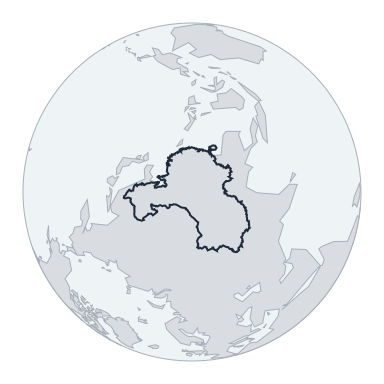 China on an orthographic globe, rotated 215°
{"feature_id": "CHN", "entity_name": "China", "entity_type": "country or territory", "adm_level": 0, "iso_a3": "CHN", "parent_name": "Asia", "parent_adm1": "", "projection": "orthographic", "projection_center": [106.815, 35.887], "detail": "fine", "context": "on_globe", "style": "outline", "palette": "slate", "viewbox_px": 384, "rotation_deg": 215, "n_neighbors": 0, "source": "natural_earth", "source_scale": "50m", "svg_char_len": 17202}
<svg xmlns="http://www.w3.org/2000/svg" viewBox="0 0 384 384"><g transform="rotate(215 192 192)"><circle cx="192" cy="192" r="169" fill="#eef3f6" stroke="#a8b0b8"/><path d="M347.4,257.4L347.1,258.2L347.0,258.5L347.4,257.4ZM291.6,55.5L280.2,48.9L279.3,47.9L276.5,46.6L277.3,48.0L278.6,49.3L270.0,50.3L271.0,59.1L276.9,64.4L271.2,61.6L286.2,73.9L290.3,82.3L282.2,71.4L278.7,69.3L279.8,74.0L276.5,72.9L275.1,74.7L271.0,73.1L266.6,67.4L263.9,66.4L264.8,69.8L261.4,70.8L260.4,65.8L254.2,67.0L245.7,58.7L246.4,48.3L238.2,44.0L229.9,34.7L227.3,35.0L222.4,32.2L217.6,31.6L217.4,30.5L213.7,31.1L214.7,32.3L213.5,33.1L210.7,33.0L210.0,31.4L211.3,31.2L209.7,30.7L210.5,30.0L208.5,30.3L208.0,28.6L204.4,30.2L200.6,28.8L201.4,27.8L206.6,28.0L221.5,27.4L223.9,27.2L222.1,26.2L207.3,23.8L207.6,23.8L220.5,25.5L233.2,28.1L245.6,31.8L257.8,36.4L269.5,41.9L280.8,48.3L291.6,55.5ZM202.8,23.4L203.3,23.4L197.5,23.3L200.1,23.8L198.1,24.0L198.7,24.9L192.9,24.8L186.9,24.4L186.1,23.8L183.4,23.7L179.5,24.6L173.5,24.2L161.7,25.8L161.4,25.8L175.1,23.9L188.9,23.1L202.8,23.4ZM350.5,135.4L349.2,132.7L349.6,132.7L350.5,135.4ZM348.7,132.3L349.1,133.0L348.8,132.7L348.7,132.3ZM348.7,132.9L348.7,132.5L348.8,133.3L348.7,132.9ZM348.8,134.1L348.7,133.3L348.7,133.5L348.8,134.1ZM348.5,135.0L348.3,135.2L348.1,134.1L348.5,135.0ZM279.7,50.2L277.7,48.2L278.2,47.6L280.2,49.2L279.7,50.2ZM278.4,52.3L276.5,50.8L279.9,51.7L279.9,52.2L278.4,52.3ZM281.9,68.7L280.9,66.3L283.0,69.1L281.9,68.7ZM275.7,75.2L277.0,76.4L275.7,76.9L275.7,75.2ZM201.9,25.0L200.4,25.0L201.0,24.8L201.9,25.0ZM203.6,25.5L205.5,25.4L206.7,25.6L205.4,25.7L203.6,25.5ZM268.3,75.0L265.8,75.7L267.6,74.0L268.3,75.0ZM201.0,25.7L208.4,26.1L210.3,26.6L207.3,27.5L201.0,25.7ZM263.9,75.4L257.9,77.6L260.4,80.1L250.1,74.5L258.5,74.3L260.3,71.7L261.3,74.2L263.9,75.4ZM216.3,32.8L215.0,31.5L218.6,32.7L216.3,32.8ZM218.9,33.4L231.8,36.9L232.3,39.1L227.9,37.3L230.6,40.5L224.5,39.7L221.6,37.9L222.5,36.5L219.5,37.3L218.9,33.4ZM245.3,71.3L243.2,71.1L244.6,70.3L245.3,71.3ZM213.2,33.5L215.8,33.9L216.4,35.7L211.4,35.3L212.8,34.8L213.2,33.5ZM234.3,41.8L233.9,43.3L228.8,43.0L227.9,43.6L224.4,39.9L234.3,41.8ZM211.2,34.4L208.8,35.1L206.0,34.2L210.8,33.3L211.2,34.4ZM218.7,36.4L218.7,37.3L217.1,36.7L218.7,36.4ZM194.7,32.0L197.7,32.1L198.3,33.1L194.7,32.0ZM208.1,35.5L209.0,35.8L209.6,36.2L207.5,36.6L208.1,35.5ZM221.0,40.2L219.0,39.9L222.2,41.6L218.5,41.8L216.8,39.4L216.0,40.5L214.9,40.5L214.8,38.5L221.0,40.2ZM207.0,38.4L203.6,35.7L197.8,35.1L197.1,34.2L206.6,35.4L207.0,38.4ZM211.6,38.6L208.6,38.2L209.3,37.1L211.7,36.8L211.6,38.6ZM216.7,42.8L222.7,43.2L222.9,43.7L216.7,42.8ZM205.2,38.4L206.1,39.0L204.7,38.4L205.2,38.4ZM213.0,41.6L215.1,41.6L215.2,42.2L213.0,41.6ZM206.0,40.4L204.9,39.5L206.5,39.2L206.0,40.4ZM209.1,41.1L208.8,42.0L207.8,39.6L210.0,41.0L209.1,41.1ZM212.8,42.2L213.5,42.5L211.9,42.1L212.8,42.2ZM200.5,42.5L198.8,39.6L202.4,38.7L203.5,41.6L200.5,42.5ZM63.2,82.7L65.6,80.9L61.4,86.8L58.8,98.9L57.6,101.9L52.5,106.6L46.2,126.4L50.5,124.6L50.2,139.6L53.4,146.3L64.1,136.6L58.9,125.2L63.3,117.4L71.8,121.5L77.1,132.3L79.0,129.6L80.1,118.5L85.9,117.0L81.0,114.4L79.6,118.4L76.5,117.1L77.6,113.4L79.6,112.9L79.3,109.0L69.8,113.1L67.4,117.6L63.7,111.2L59.3,118.2L56.7,118.6L63.2,107.0L66.0,104.4L74.3,89.5L71.0,91.5L62.9,105.9L63.4,103.3L58.8,106.8L62.7,102.1L72.4,86.5L72.1,81.4L63.8,84.4L65.3,81.4L70.2,75.5L81.2,66.6L76.6,74.6L80.4,72.2L88.1,65.3L86.1,68.6L88.7,66.9L87.6,70.0L92.8,70.1L92.7,73.0L101.2,69.3L102.3,70.5L97.0,72.2L93.2,75.3L93.8,83.5L95.8,84.0L101.3,81.1L100.8,84.0L106.0,80.2L109.5,84.0L109.6,76.4L116.1,73.5L121.7,74.0L123.8,71.9L114.6,71.1L111.0,72.1L107.8,75.1L97.8,77.5L96.2,75.6L106.7,68.4L105.6,65.2L114.3,61.6L133.8,64.9L138.6,68.7L132.9,81.2L128.1,81.8L127.7,77.4L122.1,84.2L125.4,82.3L125.0,84.9L131.0,83.4L131.0,85.2L136.8,80.8L137.5,82.9L133.8,85.6L143.3,85.8L146.4,89.9L148.5,89.1L149.9,87.1L152.9,94.0L154.4,93.1L154.0,90.5L156.6,87.2L162.4,84.2L163.1,86.7L161.1,88.1L158.0,95.2L152.6,99.0L153.4,99.8L158.3,97.2L162.2,88.4L165.5,86.0L164.3,90.0L165.0,88.3L166.9,87.9L169.4,90.0L170.9,85.6L190.5,79.3L197.3,83.3L194.1,87.3L208.5,87.0L215.0,92.4L214.6,89.8L221.3,88.6L219.3,86.8L219.6,85.5L235.7,82.6L240.1,84.2L246.6,80.9L246.4,79.7L243.5,78.3L250.1,74.5L260.4,80.1L260.3,82.4L266.9,84.7L265.8,90.0L267.9,95.8L262.9,100.9L265.0,105.4L267.4,105.8L272.0,112.5L273.4,125.7L262.0,113.0L257.8,94.9L258.6,101.9L255.4,99.9L253.8,102.3L254.6,107.5L256.6,108.3L242.3,116.2L238.3,130.6L246.0,129.5L250.7,133.7L252.8,151.4L238.0,175.7L244.1,183.2L244.4,188.3L238.9,191.6L238.3,184.2L232.9,181.7L233.4,177.3L224.3,180.8L224.7,174.6L217.5,180.8L220.1,185.6L227.9,184.5L221.6,193.0L229.4,201.5L230.2,211.6L216.6,229.2L202.9,234.1L202.0,237.1L196.7,233.3L189.4,238.9L199.2,256.5L198.9,261.2L187.2,269.4L187.0,265.9L172.8,255.9L170.0,266.9L180.7,277.2L184.4,287.8L176.0,283.9L172.3,274.3L167.3,270.5L168.8,261.0L164.9,245.6L156.5,247.1L157.3,241.1L150.6,227.1L138.6,228.5L119.5,239.8L116.7,254.2L110.2,258.6L102.9,233.9L103.6,218.5L98.4,217.8L93.0,201.3L76.4,190.6L76.3,185.8L72.7,185.4L69.2,177.9L69.9,170.3L66.8,168.0L65.5,188.1L69.2,190.7L75.3,187.6L74.0,193.9L77.7,202.5L65.6,210.3L44.7,205.4L46.4,193.8L50.0,154.4L52.1,151.8L52.2,151.4L52.5,150.6L49.0,154.3L50.9,147.0L44.8,172.2L42.2,181.4L44.3,205.8L43.2,206.5L45.0,212.6L55.5,218.1L54.7,221.5L47.5,232.7L36.3,240.8L40.0,256.6L42.9,267.6L40.8,267.1L45.4,276.1L39.8,265.3L34.9,254.2L30.8,242.7L27.6,231.0L25.2,219.0L23.7,207.0L23.1,194.8L23.3,182.6L24.4,170.5L26.4,158.5L29.2,146.7L32.9,135.1L37.4,123.8L42.7,112.8L48.8,102.3L55.6,92.2L63.2,82.7ZM78.9,150.5L84.7,156.8L88.8,146.5L91.3,148.3L91.8,144.3L89.0,145.8L91.2,135.6L96.1,136.0L98.8,132.2L97.0,129.9L87.7,131.0L84.6,145.3L80.4,147.1L78.9,150.5ZM104.0,56.3L101.5,58.5L98.6,59.4L98.8,56.8L102.9,55.4L104.0,56.3ZM98.5,61.6L108.9,55.9L109.3,57.6L107.3,57.5L106.5,59.3L103.1,59.7L93.3,67.4L90.1,68.8L92.1,62.5L93.1,63.6L95.6,61.2L98.5,61.6ZM134.9,41.9L139.5,40.4L134.3,45.9L130.7,46.7L130.6,43.9L134.8,41.3L134.9,41.9ZM194.3,27.6L196.4,27.4L196.6,27.8L195.0,28.2L194.3,27.6ZM196.1,32.0L185.5,29.1L187.3,28.6L179.0,28.0L180.5,26.6L185.9,27.0L180.8,25.7L186.3,25.6L182.3,25.0L194.1,25.9L198.8,26.0L192.9,26.3L191.4,27.5L192.1,28.0L197.8,29.8L207.1,31.0L207.1,32.7L204.6,33.6L202.3,33.6L203.1,32.4L199.5,33.2L198.8,31.5L196.1,32.0ZM175.1,48.6L176.9,46.3L169.6,49.4L168.9,47.0L168.1,47.5L165.5,46.2L160.9,45.7L161.4,44.6L159.4,44.9L157.7,44.2L155.1,44.4L155.0,42.5L151.9,42.6L153.7,41.6L148.3,42.4L152.2,41.0L150.3,40.3L147.5,42.0L153.4,33.1L152.8,31.2L150.1,30.5L157.3,28.7L164.4,28.4L170.4,29.6L170.0,32.0L173.3,31.0L174.1,31.9L171.1,32.3L176.1,32.3L176.0,33.3L181.3,35.5L188.7,35.4L190.8,36.4L187.9,36.9L192.1,37.6L188.0,39.4L189.4,40.2L186.8,43.1L180.2,44.0L182.4,44.9L180.5,47.3L175.1,48.6ZM199.5,43.2L191.9,44.4L187.7,43.8L194.0,39.2L193.3,38.2L197.2,35.6L203.1,36.7L201.4,37.3L201.2,38.1L199.5,37.4L200.7,38.6L198.4,39.6L198.8,40.8L196.2,40.8L199.5,43.2ZM59.5,101.7L59.1,103.5L59.3,105.5L56.5,108.0L59.5,101.7ZM65.8,91.0L66.0,92.0L62.0,96.0L62.4,94.3L65.8,91.0ZM69.5,89.3L66.3,91.7L68.2,89.4L69.5,89.3ZM97.5,73.1L98.1,74.1L96.8,75.0L94.9,75.4L97.5,73.1ZM153.4,58.8L155.1,57.3L156.1,57.4L161.8,55.4L162.8,57.2L159.7,59.2L153.4,58.8ZM61.3,136.7L58.4,137.0L58.8,134.9L59.7,135.2L61.3,136.7ZM55.8,121.8L55.4,126.7L55.0,122.4L55.8,121.8ZM155.5,60.5L157.7,59.4L156.8,61.0L155.5,60.5ZM163.8,58.5L163.3,60.3L163.6,57.2L163.8,58.5ZM56.3,280.9L59.7,295.0L55.8,290.9L51.8,284.3L48.3,274.3L51.7,275.7L52.4,272.4L56.3,280.9ZM227.1,310.2L232.1,310.4L231.9,310.9L227.1,310.2ZM221.8,308.5L227.6,308.4L220.8,309.8L221.8,308.5ZM229.9,308.3L235.8,306.7L238.4,305.5L237.9,306.7L229.9,308.3ZM217.8,308.7L196.3,308.6L187.8,306.6L189.8,304.6L203.5,305.6L217.8,308.7ZM189.1,304.5L176.1,297.2L158.4,275.5L164.7,276.8L183.2,290.7L182.0,292.6L189.9,298.2L189.1,304.5ZM220.6,293.1L219.3,299.1L207.4,298.7L202.0,297.7L198.3,290.0L200.4,286.1L204.8,286.3L222.0,272.2L228.0,275.4L222.7,281.5L227.6,286.6L220.6,293.1ZM117.3,255.9L120.6,265.6L117.1,265.9L117.3,255.9ZM229.0,261.8L222.1,268.5L228.4,259.7L229.0,261.8ZM232.8,253.5L233.2,256.8L230.4,253.8L232.8,253.5ZM201.8,241.8L197.1,242.4L197.0,240.0L203.0,237.8L201.8,241.8ZM230.7,220.1L230.6,227.4L229.7,229.9L227.6,225.7L230.7,220.1ZM166.9,77.5L157.9,78.0L152.0,80.3L149.7,84.1L149.1,79.2L158.1,75.7L166.9,77.5ZM187.5,78.7L189.4,75.7L191.2,77.1L191.0,78.0L187.5,78.7ZM186.8,76.8L184.4,73.1L187.2,71.5L188.5,74.7L186.8,76.8ZM169.6,66.0L166.8,66.0L167.6,64.6L169.6,66.0ZM269.5,341.9L270.7,340.5L276.6,337.7L273.0,340.1L269.5,341.9ZM251.8,340.4L218.9,350.2L212.0,350.0L214.3,347.7L209.2,340.6L211.6,340.7L210.8,335.2L230.6,328.6L245.0,316.5L255.3,315.6L263.5,306.1L273.9,304.3L270.3,311.4L280.6,312.4L288.9,296.4L293.8,308.7L300.3,310.1L300.6,316.3L283.8,332.5L275.5,337.6L274.5,337.5L270.9,339.6L266.1,341.1L264.6,339.1L261.0,341.1L265.1,337.6L259.6,341.2L257.6,339.8L251.8,340.4ZM325.4,289.4L326.5,288.7L327.9,289.1L326.1,290.4L325.4,289.4ZM344.3,263.9L344.5,264.1L343.4,266.0L344.3,263.9ZM347.0,258.5L345.8,260.9L347.4,257.4L347.0,258.5ZM333.3,276.5L333.8,276.8L333.2,277.6L333.3,276.5ZM332.9,276.7L333.8,274.7L333.5,276.1L332.9,276.7ZM327.8,273.7L328.6,272.3L328.9,272.7L327.8,273.7ZM239.6,309.7L246.8,304.6L250.6,303.8L239.6,309.7ZM326.7,272.8L324.7,273.9L325.0,273.0L326.7,272.8ZM327.0,270.8L326.8,269.7L327.9,271.6L327.0,270.8ZM323.2,270.5L325.6,271.1L322.9,271.0L323.2,270.5ZM321.7,271.7L319.9,271.8L320.1,271.3L321.7,271.7ZM300.2,283.2L307.1,287.3L301.3,289.6L294.9,287.6L289.6,293.4L277.6,296.2L280.4,292.9L278.9,289.3L266.3,290.5L263.8,288.3L268.3,285.6L259.9,284.9L269.1,282.0L272.9,286.8L278.0,281.3L286.8,280.1L295.3,279.3L301.9,281.0L300.2,283.2ZM269.0,294.2L270.6,293.8L269.2,295.7L269.0,294.2ZM316.5,270.7L319.1,271.9L318.7,272.7L317.4,273.0L316.5,270.7ZM303.4,279.5L310.6,272.1L312.2,271.5L307.4,278.6L303.4,279.5ZM308.9,269.9L312.2,269.1L313.8,270.9L313.1,271.9L308.9,269.9ZM250.2,292.3L249.8,293.9L247.4,293.0L250.2,292.3ZM253.4,290.9L260.6,291.5L252.7,292.4L253.4,290.9ZM231.1,287.8L233.2,291.4L240.1,288.4L234.8,292.3L239.4,297.9L237.8,300.3L233.3,294.2L231.6,301.0L228.6,301.1L227.0,295.5L230.0,288.1L233.1,284.9L245.4,282.5L231.1,287.8ZM253.3,286.4L251.4,282.3L252.8,279.1L254.9,281.2L253.3,286.4ZM245.6,272.1L240.4,267.3L235.7,269.7L245.1,261.3L248.6,267.4L245.6,272.1ZM241.1,260.7L236.7,262.9L241.2,258.1L241.1,260.7ZM235.5,261.2L235.0,257.4L238.5,257.6L235.5,261.2ZM243.4,260.6L244.1,254.0L245.9,257.7L243.4,260.6ZM233.4,248.8L240.9,254.6L231.2,252.6L230.5,239.7L234.6,239.2L233.4,248.8ZM254.8,192.8L253.6,189.0L257.3,187.6L257.0,190.6L254.8,192.8ZM268.1,180.8L257.9,186.1L249.4,190.7L252.2,192.2L250.6,199.0L246.3,193.3L251.9,185.3L258.4,183.0L259.0,177.3L263.5,172.9L262.0,166.0L263.9,162.7L267.3,168.4L268.1,180.8ZM261.1,163.2L260.1,151.0L267.2,151.6L269.0,154.5L266.5,159.7L262.9,159.0L261.1,163.2ZM262.0,148.3L258.5,147.7L249.7,130.8L249.6,127.5L260.0,140.1L257.3,140.2L258.2,144.4L262.0,148.3ZM244.0,72.5L243.3,71.3L245.1,72.1L244.0,72.5ZM218.4,84.6L219.1,83.0L221.2,83.9L218.4,84.6ZM222.3,79.2L219.4,79.3L222.2,78.1L222.3,79.2ZM212.9,79.9L218.1,78.8L213.6,81.4L212.9,79.9Z" fill="#d9dde1" stroke="#a8b0b8" stroke-width="1"/><path d="M195.2,233.9L194.6,233.5L193.5,233.7L192.4,232.8L191.6,232.6L191.3,231.1L191.9,230.3L190.2,229.8L189.4,229.9L187.8,228.7L186.7,229.2L186.2,230.1L185.4,230.4L184.7,230.2L184.2,230.9L183.3,230.2L183.0,230.7L182.5,230.2L181.6,231.1L180.2,230.1L179.2,231.2L178.1,230.8L177.6,231.4L178.1,232.7L178.0,234.6L176.7,234.4L176.3,232.8L175.0,233.5L173.7,233.4L173.2,231.8L171.2,231.3L172.2,229.1L170.5,228.3L170.1,226.2L170.6,225.6L168.9,225.5L167.2,225.9L167.6,225.0L167.2,223.8L167.8,223.2L168.1,222.1L170.4,220.5L170.2,219.9L170.6,219.6L170.8,218.1L170.7,215.5L170.2,215.3L169.8,215.5L169.4,213.8L168.4,212.6L168.1,212.6L167.4,213.4L165.7,212.5L164.8,212.5L165.7,211.6L165.4,210.7L164.6,211.0L164.6,210.5L165.2,210.1L164.5,209.4L162.7,210.4L160.9,209.4L158.5,210.8L157.2,210.9L155.5,212.3L155.5,212.7L153.7,213.0L152.8,212.8L152.9,212.4L152.1,211.8L151.4,212.0L148.7,210.6L147.6,211.0L145.8,212.9L145.5,212.3L145.9,210.9L145.5,210.5L142.9,210.9L141.7,210.5L140.5,209.5L139.9,209.9L139.4,209.2L138.9,209.7L138.3,208.5L137.0,208.1L137.3,207.3L136.4,207.2L135.2,205.9L135.1,204.9L133.8,204.7L133.1,203.2L131.1,201.4L130.9,200.5L129.5,200.1L128.6,200.7L127.8,199.4L126.8,198.6L126.9,198.0L125.3,196.7L124.9,195.5L124.1,195.6L124.5,193.7L124.2,191.9L124.9,191.9L125.2,192.7L126.0,192.5L126.3,190.5L125.8,189.4L126.1,187.9L126.8,187.2L125.6,185.7L125.5,183.9L125.8,183.2L123.8,182.4L123.0,181.6L123.0,181.1L122.2,181.0L121.8,180.2L122.3,179.3L122.2,178.4L121.5,177.9L121.5,177.3L119.8,176.0L121.5,175.8L121.2,175.1L121.9,172.8L121.0,171.7L120.4,171.8L120.1,171.5L120.6,169.0L121.2,168.9L121.3,168.2L121.9,167.6L123.8,167.5L123.9,167.0L125.5,167.1L125.4,168.1L126.7,168.4L128.4,166.9L130.9,167.6L131.6,166.9L132.5,166.6L135.9,166.1L136.3,164.3L137.2,163.9L137.0,163.4L137.9,163.3L137.9,160.4L138.4,159.2L138.7,158.8L137.8,158.0L141.6,157.6L141.9,158.3L143.0,158.7L143.4,157.9L143.0,157.3L145.7,153.2L147.3,154.2L148.5,154.5L148.6,155.0L150.1,154.6L150.6,154.2L150.9,152.3L151.5,151.2L153.2,151.0L154.3,149.5L156.0,149.7L156.0,150.1L155.7,150.4L156.2,151.0L155.9,151.4L156.8,152.1L156.8,152.6L157.5,153.4L158.3,153.5L159.7,154.7L160.4,158.1L160.0,158.9L160.0,159.6L159.1,161.0L159.3,162.0L164.5,163.5L166.7,165.6L168.0,165.9L167.8,166.6L168.2,166.9L168.6,169.0L169.5,170.7L171.3,170.7L176.1,171.7L177.2,171.5L180.5,172.1L181.8,173.3L183.8,173.8L185.2,174.6L186.9,174.3L186.9,174.9L188.0,175.2L191.9,173.2L197.5,172.7L199.8,171.6L201.0,169.9L202.9,168.7L201.7,166.9L202.0,165.5L202.6,164.8L203.6,164.7L204.3,165.2L206.2,165.5L207.1,164.8L208.0,163.5L210.3,163.1L211.2,162.2L211.8,160.5L213.3,160.1L213.4,159.5L214.0,159.6L216.1,158.6L217.2,158.9L218.2,158.6L218.2,158.1L217.6,157.3L214.9,155.2L213.5,155.4L212.8,156.4L211.6,155.9L210.5,156.1L210.0,156.6L209.3,156.1L209.1,155.4L209.5,155.0L209.5,154.1L210.7,150.4L213.0,151.0L214.0,149.9L215.4,149.1L215.4,148.5L215.0,148.2L216.1,144.6L217.0,143.0L216.6,141.8L215.4,141.5L216.7,139.7L221.0,138.2L223.3,139.0L223.7,138.7L224.8,139.0L226.5,140.6L228.5,143.9L229.5,144.8L229.8,145.8L230.4,146.1L230.6,147.2L231.6,147.7L232.8,147.3L233.7,147.8L234.4,147.6L236.1,148.6L236.7,148.6L237.0,149.3L237.7,149.9L237.8,150.8L238.6,151.6L241.2,150.8L242.0,149.4L243.8,148.0L244.6,148.2L244.6,148.9L245.3,149.6L244.6,151.1L245.1,154.1L244.8,155.3L245.0,156.1L244.6,156.6L244.8,157.6L244.6,158.0L242.3,157.7L241.8,158.9L241.0,159.5L242.2,161.6L242.8,163.5L242.8,165.0L241.7,165.8L242.1,166.0L242.1,166.3L241.3,165.8L241.2,165.4L240.4,165.3L240.5,166.9L239.7,167.2L239.2,168.5L237.5,169.0L238.2,170.0L238.1,170.7L236.0,170.7L235.4,170.2L234.9,170.4L233.9,173.1L231.9,174.8L230.9,176.6L229.6,177.0L227.9,178.1L226.3,180.0L225.7,180.2L225.7,180.7L224.7,181.2L224.5,180.7L225.6,179.9L225.5,179.6L225.8,179.1L224.6,179.3L224.5,178.8L225.0,178.4L224.9,177.8L225.5,177.4L226.2,175.7L225.1,174.5L224.9,174.9L223.7,174.9L222.5,177.1L220.3,178.8L219.6,180.6L218.1,181.1L217.5,180.7L216.9,181.0L216.6,182.4L216.9,183.1L217.8,183.7L220.0,183.9L220.4,184.9L220.2,186.0L221.1,186.4L222.2,186.3L223.1,184.6L224.1,184.0L226.3,184.7L227.2,184.4L228.7,184.5L228.3,185.6L228.6,185.9L228.2,186.3L227.2,186.1L225.4,187.4L224.8,187.4L225.1,188.0L224.7,188.1L224.6,189.0L224.1,189.3L223.8,188.8L223.5,188.9L223.4,189.2L223.8,189.5L222.1,191.8L221.7,193.2L224.5,194.5L226.4,198.0L226.5,199.0L227.8,199.5L228.1,200.3L229.2,200.9L229.3,201.4L229.1,201.5L228.0,201.2L227.1,201.3L225.9,200.8L224.8,201.4L226.4,201.0L226.7,201.5L229.0,202.6L229.5,203.3L229.7,203.7L228.6,204.3L227.5,205.6L226.4,205.8L225.8,206.3L226.5,206.0L226.9,206.5L228.4,205.7L229.5,206.5L230.6,206.7L229.3,208.0L230.2,207.5L230.4,207.8L230.5,208.9L229.9,208.6L229.3,209.1L229.9,209.5L229.6,209.6L229.9,209.8L229.5,210.5L230.0,211.4L229.2,211.8L228.8,211.5L228.4,212.4L227.9,212.6L228.2,212.9L227.7,213.9L227.8,214.4L226.6,216.8L226.2,216.9L225.9,216.3L225.7,216.7L225.3,216.5L226.2,217.7L225.2,218.7L224.4,218.6L224.9,219.0L225.7,218.8L225.8,220.6L224.7,220.5L225.0,221.1L224.2,221.3L224.1,222.1L223.4,222.5L223.5,223.1L222.0,223.3L221.4,223.8L222.0,224.4L221.0,225.7L220.6,225.7L220.4,226.5L220.1,226.1L219.6,226.6L219.1,226.4L218.1,228.5L215.9,229.0L215.5,229.4L214.7,229.2L213.8,229.9L213.2,229.5L213.0,230.2L211.6,230.4L210.4,229.4L210.4,228.7L210.1,228.8L209.7,229.3L210.3,230.2L210.3,231.3L209.3,231.8L209.1,231.4L208.8,232.3L207.8,232.7L207.1,232.2L207.0,232.9L206.0,232.6L205.1,233.5L203.5,233.7L202.3,234.6L201.9,234.3L201.2,235.4L201.8,235.7L201.6,236.2L202.2,236.6L201.8,237.2L200.5,237.1L200.7,236.8L199.8,235.5L200.5,233.9L199.5,233.3L199.5,233.8L198.4,234.1L198.3,233.6L197.4,233.6L196.6,232.8L196.6,233.6L196.1,233.4L195.2,233.9ZM203.3,238.0L203.7,239.0L202.6,240.0L202.1,241.6L201.1,242.5L199.6,243.2L197.3,242.3L197.1,240.2L198.8,238.8L198.6,238.8L198.8,238.5L201.3,237.9L202.5,238.1L202.6,237.7L203.3,238.0ZM229.4,202.1L228.6,202.0L227.7,201.4L228.3,201.4L229.4,202.1ZM231.1,206.3L230.4,206.3L230.2,205.9L231.0,206.0L231.1,206.3ZM226.3,219.9L226.0,220.4L226.0,219.8L226.3,219.9ZM201.5,235.2L202.2,235.0L202.2,235.3L201.5,235.2Z" fill="none" stroke="#1e293b" stroke-width="2"/></g></svg>